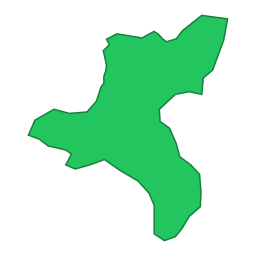 outline of Priekulu
{"feature_id": "LVA-5794", "entity_name": "Priekulu", "entity_type": "Municipality", "adm_level": 1, "iso_a3": "LVA", "parent_name": "Latvia", "parent_adm1": "", "projection": "mercator", "projection_center": [25.467, 57.339], "detail": "fine", "context": "isolated", "style": "filled", "palette": "green", "viewbox_px": 256, "rotation_deg": 0, "n_neighbors": 0, "source": "natural_earth", "source_scale": "10m", "svg_char_len": 789}
<svg xmlns="http://www.w3.org/2000/svg" viewBox="0 0 256 256"><path d="M201.7,15.4L227.6,18.9L223.7,40.1L212.7,70.0L203.2,78.1L201.8,94.4L189.3,91.7L175.4,94.4L159.3,109.3L160.1,121.5L169.6,128.3L176.1,143.2L179.8,156.8L190.8,164.9L199.6,174.4L201.0,192.0L200.3,206.8L189.3,216.3L182.0,228.5L175.4,236.6L164.4,240.6L154.2,233.9L154.2,205.5L149.1,193.3L138.1,181.1L119.8,170.3L104.4,159.5L89.8,164.9L75.2,169.0L65.7,164.9L71.5,154.1L65.7,150.0L48.1,145.9L39.3,139.2L28.4,135.1L34.9,120.2L54.0,109.3L69.3,113.4L86.9,112.0L96.4,101.2L101.0,87.0L103.9,83.0L103.8,76.5L105.7,71.0L106.5,65.3L103.3,50.6L108.3,45.8L109.3,44.6L106.5,39.2L116.9,33.8L141.9,38.0L154.0,31.4L158.2,34.1L162.9,39.2L166.4,41.8L176.1,38.9L182.4,30.7L201.7,15.4Z" fill="#22c55e" stroke="#15803d" stroke-width="1.5"/></svg>